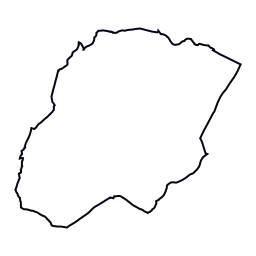 Satu Mare, Harghita, Romania (Natural Earth projection)
{"feature_id": "2599482B48520966661881", "entity_name": "Satu Mare", "entity_type": "district", "adm_level": 2, "iso_a3": "ROU", "parent_name": "Romania", "parent_adm1": "Harghita", "projection": "natural_earth1", "projection_center": [25.408, 46.349], "detail": "fine", "context": "isolated", "style": "outline", "palette": "ink", "viewbox_px": 256, "rotation_deg": 0, "n_neighbors": 0, "source": "geoboundaries", "source_scale": "gbopen_adm2", "svg_char_len": 5476}
<svg xmlns="http://www.w3.org/2000/svg" viewBox="0 0 256 256"><path d="M199.3,166.0L199.7,165.0L200.8,160.9L201.9,158.9L203.2,157.0L207.3,154.0L205.5,153.2L202.6,143.8L201.9,141.7L200.2,138.3L203.8,130.8L206.4,125.9L207.0,124.9L208.6,121.8L210.5,118.2L212.9,113.6L214.4,111.5L215.4,108.7L216.7,105.3L216.8,104.8L217.8,102.2L219.7,98.3L220.4,96.8L223.1,92.7L226.2,89.1L229.0,84.5L229.7,83.5L230.7,82.0L233.8,77.6L235.7,74.5L237.7,70.8L240.6,64.4L234.1,61.2L222.1,55.3L220.5,54.6L217.1,52.6L213.0,50.3L214.0,49.6L213.8,49.2L212.9,48.7L212.1,48.2L210.4,47.6L209.5,46.7L208.2,45.4L206.2,45.4L203.0,44.8L200.5,44.1L199.9,43.8L199.3,43.9L199.2,44.0L198.9,44.0L198.6,44.3L198.3,44.6L198.0,45.0L197.7,45.1L197.4,45.2L196.9,45.0L196.0,44.7L195.9,44.7L195.7,44.8L195.4,44.7L195.1,44.4L194.4,44.0L194.2,43.8L194.3,43.3L194.3,43.2L193.5,42.4L192.9,42.0L192.7,41.5L192.0,40.5L191.5,39.9L191.1,39.1L189.9,38.9L187.8,38.6L186.1,39.1L185.5,39.7L184.9,40.1L184.5,41.0L183.6,41.1L183.1,41.1L182.4,41.6L181.9,41.8L180.7,42.7L179.7,43.8L178.6,44.3L178.1,44.3L177.3,44.5L176.3,44.7L175.0,44.9L174.4,44.7L172.7,44.0L171.8,43.0L171.4,42.6L171.0,41.8L170.2,41.0L169.9,40.1L169.1,38.9L168.2,37.5L167.2,36.9L167.0,36.5L166.1,35.7L165.5,35.5L165.2,35.1L164.4,34.9L164.0,34.7L163.2,34.3L161.8,34.1L161.0,34.2L160.8,34.0L160.5,33.5L159.8,32.7L159.4,32.2L158.9,31.4L158.3,30.7L158.2,31.6L157.4,32.4L156.2,32.2L155.5,32.1L154.9,32.0L152.1,31.6L150.2,31.1L147.3,30.4L143.6,29.4L140.0,28.5L137.3,28.8L136.9,28.8L136.4,28.9L132.5,29.5L132.2,29.6L131.7,29.6L131.1,29.7L130.5,29.7L130.0,29.7L129.1,29.8L128.6,29.9L128.1,30.0L127.7,30.0L127.3,30.1L126.5,30.3L125.8,30.5L125.1,30.7L121.6,30.4L120.5,30.9L118.6,31.4L117.7,32.0L117.1,32.5L116.7,32.6L115.5,32.9L114.9,32.9L114.3,32.7L113.7,32.8L113.2,32.8L113.1,32.5L112.6,32.5L112.4,32.2L112.1,32.1L111.8,31.7L111.5,31.7L111.3,31.6L110.7,31.8L110.4,32.0L110.2,31.9L110.0,31.6L109.6,31.5L109.0,31.4L108.4,31.4L108.2,31.2L104.3,30.6L102.9,30.3L102.5,30.5L101.7,30.6L98.4,30.8L96.3,33.1L96.5,34.0L96.4,35.0L95.6,36.3L94.6,37.4L94.3,37.5L94.2,39.8L93.8,40.9L92.8,43.0L92.4,43.6L92.0,44.0L89.7,45.3L88.7,45.7L87.1,46.4L86.0,46.9L85.1,47.6L84.2,49.0L83.9,49.6L83.5,49.7L83.6,48.6L83.3,47.9L83.1,47.3L82.7,46.6L82.4,45.9L81.4,44.2L80.8,43.4L79.0,42.4L78.8,42.3L78.6,44.5L78.9,44.7L78.1,46.9L77.7,47.9L77.1,49.1L76.8,49.4L75.5,50.5L72.8,52.3L71.8,55.7L68.1,59.1L67.3,60.3L67.4,61.7L67.5,63.4L67.4,64.4L67.3,64.8L66.9,65.2L64.5,66.8L63.0,67.9L62.2,68.4L61.9,68.6L61.3,68.9L60.7,69.1L60.0,69.3L59.4,69.6L59.1,69.9L58.9,70.2L58.7,70.7L58.2,70.6L57.7,72.8L57.2,74.6L56.7,76.8L56.2,78.5L55.9,79.7L55.5,81.0L55.1,82.7L54.6,84.7L54.1,86.7L53.6,88.3L52.9,90.8L52.2,93.9L51.8,95.4L51.5,96.6L51.5,96.8L51.8,98.6L51.9,99.3L52.2,100.8L52.4,102.0L53.7,103.5L54.5,104.9L54.7,105.3L54.2,105.7L53.8,106.9L53.9,109.4L53.8,109.9L53.1,110.7L52.6,111.5L51.5,112.7L47.3,116.9L44.9,118.8L40.8,122.6L38.8,123.9L37.3,125.7L36.2,127.4L34.4,129.0L32.7,128.5L31.4,128.1L30.7,131.6L30.0,133.9L29.6,135.4L29.1,136.3L28.5,137.8L27.9,139.0L27.3,140.2L26.5,141.7L26.0,142.8L25.7,143.6L25.2,145.3L24.8,146.3L24.7,146.9L24.8,147.0L25.2,147.3L25.1,147.5L24.9,147.9L24.1,148.4L23.8,148.9L23.7,149.6L22.8,150.1L21.5,151.1L21.8,152.7L22.0,153.9L21.9,154.4L21.3,154.9L20.7,155.7L20.5,156.0L20.0,158.0L19.9,158.5L21.4,158.0L22.1,158.1L23.0,158.2L22.5,160.7L22.0,161.2L21.9,164.6L21.8,165.5L22.0,165.9L22.0,166.2L22.2,166.4L21.7,167.2L21.5,167.8L21.2,169.0L21.0,169.9L20.7,170.1L20.9,170.6L21.1,171.5L21.0,172.2L20.8,172.7L20.7,172.8L20.3,173.0L19.7,173.1L18.9,173.6L18.8,174.2L19.2,175.0L19.3,176.6L19.6,177.2L19.8,177.9L19.3,179.0L18.8,179.7L18.7,180.7L18.1,181.9L17.3,183.9L17.1,184.9L16.9,185.3L16.5,187.1L16.2,187.5L15.9,188.7L15.8,189.1L15.4,189.7L16.3,192.0L17.4,193.7L17.7,194.1L17.8,194.8L17.8,195.3L18.5,196.3L19.6,197.7L20.0,197.9L19.9,198.6L20.4,201.1L20.8,202.3L21.0,207.5L21.6,208.0L21.9,208.1L23.6,209.1L24.9,209.3L26.7,209.3L28.4,209.8L30.5,210.4L32.0,210.9L32.9,210.7L34.7,211.6L35.4,211.8L36.4,212.1L37.2,212.5L38.4,213.1L39.3,213.8L42.2,215.5L44.1,216.2L44.5,216.3L45.1,216.8L45.7,217.3L46.4,218.0L47.5,219.4L48.5,220.2L48.9,220.5L49.5,221.6L50.4,222.1L51.5,225.1L52.1,225.7L52.9,225.8L53.3,225.9L55.2,226.3L57.4,226.5L60.7,226.5L66.9,227.5L67.0,227.5L69.2,225.8L74.6,222.6L76.7,221.2L79.6,219.0L87.9,213.3L87.9,213.2L88.0,213.2L89.2,212.1L93.0,208.3L95.1,206.7L98.2,204.9L103.7,201.6L105.9,200.1L106.0,200.1L106.5,199.8L109.9,197.7L110.1,197.6L110.4,197.9L111.7,197.7L113.4,198.3L113.5,198.2L114.2,196.3L116.0,196.3L117.2,196.1L118.5,196.0L119.7,196.0L120.3,196.1L120.9,196.4L122.9,197.7L123.0,197.7L126.3,199.8L128.2,201.4L128.3,201.5L129.7,202.5L132.9,205.1L136.7,207.2L140.5,209.3L141.4,209.3L143.0,210.2L144.4,211.3L145.9,212.1L146.5,212.2L146.8,212.3L147.8,213.0L148.3,212.5L150.3,211.6L151.3,210.7L151.8,210.3L152.3,209.4L152.9,208.9L153.7,208.5L154.3,207.9L156.4,203.4L156.1,201.6L156.1,201.1L156.3,201.0L157.1,200.7L158.8,199.8L159.6,198.8L161.7,197.3L163.7,195.4L164.0,194.4L164.7,193.5L164.8,193.4L165.2,192.3L165.7,191.2L166.0,190.1L166.2,189.5L166.5,188.8L166.8,187.7L166.8,186.5L166.9,186.1L167.0,185.4L167.9,184.6L168.8,183.8L170.4,182.8L170.7,182.6L171.7,182.3L173.7,182.3L175.0,182.5L176.0,182.7L176.9,182.4L179.4,181.4L182.5,179.9L186.1,177.6L189.3,175.0L189.6,174.8L189.9,174.6L190.9,174.2L192.3,173.7L193.3,173.1L193.7,172.8L195.3,171.1L196.4,170.2L196.7,169.8L197.0,169.5L198.4,167.6L198.7,167.2L199.2,166.2L199.3,166.0Z" fill="none" stroke="#020617" stroke-width="2"/></svg>